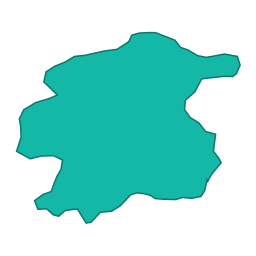 the district of Geumsan-gun, South Chungcheong, South Korea, rotated 91°
{"feature_id": "91817680B68842805087026", "entity_name": "Geumsan-gun", "entity_type": "district", "adm_level": 2, "iso_a3": "KOR", "parent_name": "South Korea", "parent_adm1": "South Chungcheong", "projection": "mercator", "projection_center": [127.492, 36.118], "detail": "fine", "context": "isolated", "style": "filled", "palette": "teal", "viewbox_px": 256, "rotation_deg": 91, "n_neighbors": 0, "source": "geoboundaries", "source_scale": "gbopen_adm2", "svg_char_len": 1157}
<svg xmlns="http://www.w3.org/2000/svg" viewBox="0 0 256 256"><g transform="rotate(91 128 128)"><path d="M90.6,61.7L77.6,55.2L74.7,33.6L74.7,24.2L71.8,20.6L63.2,17.0L54.5,19.9L52.4,32.9L54.5,43.0L56.0,50.9L54.5,59.5L48.8,69.6L46.6,76.8L39.4,82.6L32.2,102.1L32.2,108.5L32.9,118.6L33.4,120.2L35.1,125.8L41.6,128.7L49.5,140.3L51.6,153.9L56.0,172.0L57.4,182.8L63.2,192.1L67.5,202.2L69.6,205.4L73.3,210.9L83.4,213.0L91.3,204.4L96.3,199.3L99.9,207.3L104.3,221.0L107.1,225.3L111.5,232.5L120.8,236.8L128.0,235.4L138.8,234.7L153.3,239.0L155.1,235.5L160.5,225.3L157.6,214.5L156.9,202.2L161.2,192.9L170.6,194.3L177.0,197.9L184.2,200.8L192.9,203.7L195.8,211.6L202.3,220.2L210.9,216.6L210.2,208.0L216.0,201.5L217.4,195.7L211.6,189.3L210.2,180.6L210.2,177.0L223.8,168.2L222.8,163.2L212.7,154.2L211.5,142.9L206.0,134.5L199.5,128.5L194.9,124.3L192.6,117.9L193.5,110.5L194.9,104.5L198.1,99.4L198.6,91.1L198.7,79.0L196.5,72.5L197.2,63.1L195.1,53.8L189.3,50.2L178.5,48.0L179.9,47.3L175.6,45.1L172.0,43.0L161.2,34.3L156.9,36.5L149.7,42.2L132.7,40.3L130.2,50.2L121.5,57.4L116.5,66.0L108.6,71.8L99.2,71.1L90.6,61.7Z" fill="#14b8a6" stroke="#0f766e" stroke-width="1.5"/></g></svg>